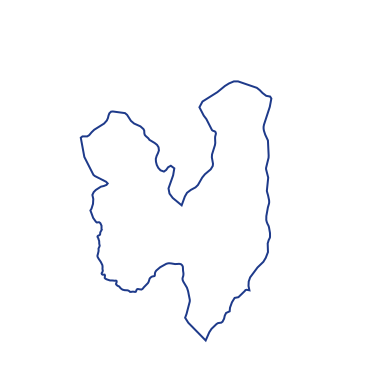 outline of Bafing, rotated 46°
{"feature_id": "CIV-3440", "entity_name": "Bafing", "entity_type": "Region", "adm_level": 1, "iso_a3": "CIV", "parent_name": "Ivory Coast", "parent_adm1": "", "projection": "orthographic", "projection_center": [-7.658, 8.459], "detail": "fine", "context": "isolated", "style": "outline", "palette": "blue", "viewbox_px": 384, "rotation_deg": 46, "n_neighbors": 0, "source": "natural_earth", "source_scale": "10m", "svg_char_len": 3624}
<svg xmlns="http://www.w3.org/2000/svg" viewBox="0 0 384 384"><g transform="rotate(46 192 192)"><path d="M161.3,134.6L149.5,131.0L145.2,130.5L136.2,127.8L134.2,121.6L137.8,104.4L138.6,94.7L139.6,90.0L141.5,85.1L144.5,82.0L162.1,73.0L165.9,72.5L169.8,72.5L174.4,71.8L177.6,69.5L179.9,70.0L184.8,76.9L193.6,93.5L194.9,95.3L196.3,96.6L197.9,97.7L201.6,99.5L207.7,101.6L219.1,111.6L220.6,113.2L226.0,121.8L226.7,122.6L227.4,123.1L234.6,127.2L243.2,137.4L244.9,138.4L247.2,139.6L251.5,142.3L252.9,143.5L253.8,144.6L255.8,148.1L261.0,155.3L263.7,158.0L265.4,159.0L267.3,159.8L269.4,160.4L270.8,161.1L275.7,164.4L277.5,166.1L278.7,167.3L279.2,168.3L279.9,170.3L281.6,173.3L288.0,179.1L290.6,184.7L291.8,189.2L291.8,197.3L293.8,209.5L295.8,213.4L298.8,216.6L302.6,219.0L300.3,220.6L299.7,221.7L299.9,222.8L299.9,231.7L297.8,234.9L299.1,239.9L301.6,245.0L304.0,247.8L302.7,251.5L303.7,254.3L305.4,256.9L306.5,260.1L306.3,261.7L304.4,264.3L304.0,266.0L304.0,273.0L304.9,277.0L308.3,285.3L283.5,285.5L277.7,284.3L275.9,280.6L269.3,269.8L268.6,269.0L267.9,268.4L260.6,263.7L257.3,262.1L250.4,260.5L248.9,259.9L247.8,259.1L247.2,258.3L246.3,256.6L245.5,255.6L244.5,254.6L242.4,253.1L239.4,250.5L238.0,250.0L236.3,250.1L235.3,250.7L234.5,251.4L233.3,252.9L232.0,254.3L228.9,256.6L227.5,257.8L226.9,258.5L226.5,259.1L225.8,260.4L224.0,267.2L223.7,272.2L223.9,273.4L224.3,274.4L224.8,275.2L226.0,276.5L226.3,277.0L226.4,277.4L226.2,277.7L225.3,279.1L224.9,280.0L224.8,281.1L224.8,282.1L225.0,282.9L225.2,283.2L226.4,285.4L226.6,286.0L226.9,286.9L227.1,293.0L227.3,294.1L227.3,295.2L227.0,296.2L225.6,297.3L224.6,298.0L223.9,298.7L223.8,299.5L224.1,300.3L224.5,301.1L224.7,301.8L224.3,302.4L223.6,302.9L223.0,303.4L222.3,304.1L221.7,305.0L220.9,305.9L219.7,306.0L218.6,306.3L217.8,306.8L215.9,308.6L214.0,309.8L212.6,310.1L211.2,310.2L209.5,310.0L207.7,310.7L206.3,310.8L205.4,310.6L204.9,309.7L204.4,308.7L203.7,308.1L203.2,308.1L202.5,308.7L201.9,309.5L200.8,310.3L198.7,312.4L195.7,314.0L194.3,314.5L193.2,314.5L192.7,313.9L192.1,313.2L191.5,312.5L190.7,312.3L189.3,313.8L188.5,313.9L187.7,313.5L187.2,311.7L186.6,310.8L185.5,310.1L184.7,309.4L183.8,308.4L182.4,307.3L179.0,306.2L175.0,305.5L172.9,304.9L171.9,304.0L171.5,303.2L169.9,300.7L169.3,299.9L167.8,298.6L167.4,297.7L167.0,296.6L166.5,295.7L165.5,295.1L164.6,294.5L163.2,293.2L162.4,292.6L161.3,292.2L160.4,291.6L159.0,291.3L158.3,290.8L158.2,290.0L158.5,289.2L158.8,288.4L158.6,287.5L157.4,286.1L157.0,285.1L156.8,284.2L156.4,283.3L156.4,283.2L156.2,283.2L153.4,280.5L150.8,279.6L149.5,279.7L148.6,280.5L147.9,281.6L146.6,281.8L142.0,281.1L138.4,279.5L134.7,277.9L134.2,275.9L131.8,271.5L128.5,267.9L124.9,265.7L123.8,262.8L123.7,259.8L124.9,253.8L126.4,251.3L127.5,248.6L127.3,246.7L124.9,246.7L113.0,250.8L111.2,251.0L92.0,245.1L75.7,234.3L75.9,232.2L79.2,228.8L79.7,226.5L79.3,222.8L79.3,219.1L81.7,207.7L81.4,203.6L80.4,201.1L79.0,198.9L78.0,196.8L78.0,194.4L79.1,193.0L88.7,185.4L91.4,185.1L98.4,186.5L102.5,186.1L109.0,183.5L113.0,183.2L114.6,183.7L116.8,185.6L118.1,186.3L119.7,186.4L123.1,186.1L124.9,186.4L130.8,184.8L133.8,184.4L136.6,185.0L139.1,186.9L140.4,189.5L141.5,192.4L143.0,195.0L145.2,196.9L148.0,198.5L151.2,199.5L154.5,199.6L157.8,198.0L158.2,195.3L157.6,192.0L158.4,189.0L162.7,188.3L166.9,194.0L173.1,206.4L177.5,209.3L182.9,210.0L194.4,208.7L190.3,200.3L189.1,196.1L189.7,191.3L191.1,186.3L191.1,182.9L188.7,174.6L188.2,170.4L188.7,162.8L187.7,159.0L186.3,157.3L180.8,153.6L178.9,151.5L174.2,142.9L172.9,141.2L169.2,137.9L168.2,136.8L166.7,134.3L165.4,133.5L164.2,133.5L162.2,134.5L161.3,134.6Z" fill="none" stroke="#1e3a8a" stroke-width="2"/></g></svg>